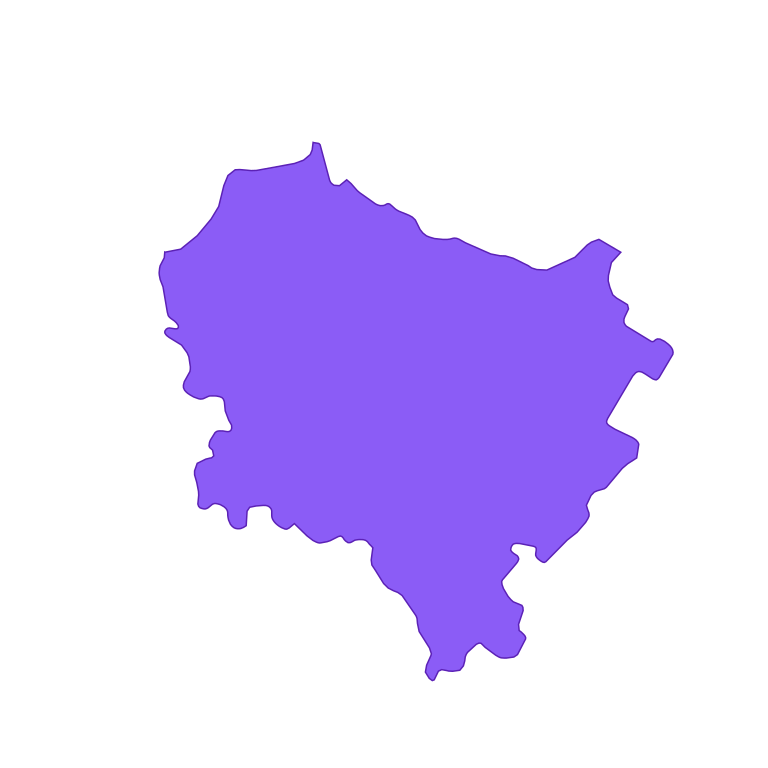 outline of Chechnya, rotated 120°
{"feature_id": "RUS-2416", "entity_name": "Chechnya", "entity_type": "Republic", "adm_level": 1, "iso_a3": "RUS", "parent_name": "Russia", "parent_adm1": "", "projection": "equal_earth", "projection_center": [45.92, 43.243], "detail": "fine", "context": "isolated", "style": "filled", "palette": "violet", "viewbox_px": 768, "rotation_deg": 120, "n_neighbors": 0, "source": "natural_earth", "source_scale": "10m", "svg_char_len": 4911}
<svg xmlns="http://www.w3.org/2000/svg" viewBox="0 0 768 768"><g transform="rotate(120 384 384)"><path d="M281.4,623.4L272.9,620.0L270.4,616.1L267.6,610.1L265.6,605.7L262.8,601.2L237.8,571.8L230.4,565.6L222.2,562.6L217.3,563.2L210.2,566.2L210.0,565.3L208.4,561.1L208.3,560.4L208.8,558.9L234.8,532.9L236.2,530.8L236.7,528.7L236.9,526.7L234.5,521.7L225.8,518.4L226.9,512.7L229.9,503.9L230.5,500.7L232.3,481.4L232.1,479.1L231.5,476.6L229.8,473.8L228.3,472.5L226.8,471.7L225.8,470.7L225.3,469.1L225.8,466.2L226.7,462.1L226.9,460.4L226.9,457.6L225.4,446.8L225.3,442.9L226.3,438.9L232.2,430.0L233.8,425.9L234.5,421.4L234.0,417.9L232.8,413.0L229.3,405.2L227.3,401.7L225.6,399.4L223.3,397.1L222.4,395.9L221.5,393.8L221.1,391.3L221.0,384.1L218.0,356.6L214.9,347.5L212.4,342.9L210.5,335.0L209.4,318.2L209.7,314.1L208.5,308.9L203.9,299.9L178.8,282.0L168.6,279.3L162.0,277.5L157.4,275.3L151.3,270.2L151.5,244.8L165.1,247.8L177.8,243.9L182.6,241.4L187.3,236.8L192.4,230.5L193.3,225.6L193.6,212.8L196.7,209.8L205.4,209.1L207.9,208.6L210.7,207.0L212.0,205.1L212.8,203.0L213.5,173.8L212.9,172.3L211.7,171.5L210.0,171.0L208.3,169.8L207.1,167.4L206.8,162.4L207.4,157.8L208.1,154.9L209.1,152.7L210.2,151.1L212.0,149.5L213.9,148.7L240.8,149.0L242.9,149.5L244.4,150.4L244.9,152.0L245.2,153.9L244.7,162.5L244.7,166.5L245.2,168.3L245.9,169.8L247.1,170.9L248.6,171.7L252.8,172.6L301.9,173.1L304.8,172.7L306.4,171.6L307.2,169.8L307.5,167.9L307.7,161.3L306.2,141.9L306.3,139.7L306.6,137.5L307.5,135.0L308.4,133.7L308.9,133.2L321.7,128.2L331.2,133.1L338.0,135.5L362.3,139.8L364.5,140.8L369.8,145.9L372.5,147.9L377.0,149.0L387.8,148.1L390.9,144.9L393.1,142.2L394.4,141.2L395.9,140.4L398.9,140.1L403.1,140.2L415.9,142.7L427.5,147.3L457.0,155.0L458.4,156.0L458.9,157.6L458.9,159.6L458.7,161.6L458.4,163.4L458.0,164.6L457.4,165.8L456.5,167.0L455.1,167.8L451.8,169.1L450.4,169.9L449.6,171.0L449.6,172.4L449.9,173.8L454.3,186.7L455.8,189.6L456.8,190.9L458.0,192.0L460.0,192.4L462.2,192.2L464.6,191.2L465.5,189.1L465.9,186.9L466.1,182.8L466.9,181.1L468.2,179.8L470.9,179.4L473.2,179.6L494.4,183.5L496.3,183.3L498.8,181.4L501.5,178.2L505.9,170.4L507.3,166.4L508.0,163.2L506.8,153.9L508.0,152.0L510.7,150.2L524.9,147.3L529.9,143.7L530.2,141.1L531.1,137.6L531.7,136.0L532.7,134.6L534.0,133.9L551.6,133.1L555.5,135.0L560.0,140.8L561.2,142.8L562.6,145.7L562.9,147.2L563.0,148.4L563.0,151.7L561.5,164.7L560.0,170.3L560.9,172.2L563.2,173.9L574.7,177.5L577.0,177.6L579.7,177.2L583.5,175.6L588.4,174.3L594.0,175.2L598.5,181.0L600.3,184.6L600.7,186.1L602.5,191.2L605.5,193.3L615.1,192.6L616.7,193.9L616.3,197.6L612.8,204.1L606.2,206.5L595.6,207.6L593.9,208.1L589.8,212.7L580.8,229.8L574.6,235.3L570.6,238.1L569.7,239.1L569.0,240.0L568.3,241.2L558.1,262.6L557.6,267.8L558.3,272.5L558.6,278.3L557.0,284.5L549.5,298.6L546.8,304.0L542.8,307.1L531.4,311.8L530.4,314.9L530.1,316.3L528.8,319.5L528.6,321.8L529.2,324.2L531.1,327.7L532.5,329.6L533.9,331.2L537.0,333.0L538.4,334.1L539.4,335.8L539.2,338.7L538.6,340.7L537.7,342.4L537.2,344.0L537.4,345.7L539.0,347.3L546.5,352.2L549.0,354.4L553.2,359.3L554.0,360.5L554.5,362.0L554.8,363.8L555.0,367.3L554.0,374.9L549.7,391.8L556.0,394.1L558.3,395.6L559.1,397.2L559.6,400.8L559.6,403.6L559.3,406.0L558.9,408.0L558.3,409.9L557.6,411.5L556.7,413.0L555.6,414.3L554.3,415.3L550.0,417.8L548.8,419.0L548.1,420.5L547.7,422.2L547.8,424.1L548.4,425.9L549.6,428.0L553.6,433.8L557.9,438.7L562.6,439.0L575.6,432.5L578.3,433.9L580.8,435.8L581.8,437.1L582.6,438.5L583.2,440.1L583.5,441.9L583.2,444.2L582.3,446.8L579.5,450.6L577.5,452.4L575.6,453.8L574.4,454.5L573.3,455.2L572.6,455.8L571.7,456.9L570.8,458.7L570.3,461.1L570.3,465.4L570.9,467.9L571.6,469.9L572.3,471.1L573.2,471.9L574.0,472.5L579.1,474.4L580.5,475.3L581.7,476.5L582.4,478.0L582.9,479.7L583.2,481.5L582.6,483.4L581.0,485.2L572.9,488.9L569.7,491.0L562.9,496.9L557.4,502.6L554.0,504.6L546.1,506.1L538.2,500.8L535.2,497.7L534.2,496.4L531.4,495.5L527.0,499.4L526.2,503.1L525.1,504.6L521.9,505.9L519.4,506.3L510.6,506.0L508.9,505.3L507.7,504.2L506.8,502.9L505.2,500.0L504.0,496.8L503.3,495.3L502.3,494.1L500.5,493.4L498.4,493.8L495.8,495.5L493.0,500.3L486.7,508.0L479.3,513.3L478.3,514.4L477.3,515.8L476.8,517.5L477.1,519.9L478.3,523.4L479.9,526.3L481.5,529.0L482.5,529.9L487.0,533.1L488.1,534.3L489.0,535.8L489.5,537.3L490.4,542.4L490.4,543.5L490.4,546.5L490.2,549.4L489.8,551.4L489.1,553.5L487.5,555.8L485.4,557.1L481.9,558.1L470.2,558.3L468.1,559.1L465.9,560.3L458.0,566.6L455.4,570.1L451.5,578.8L451.1,593.3L450.7,596.3L450.2,597.8L449.3,599.4L447.8,600.2L445.4,600.0L443.9,599.2L442.8,597.9L440.9,593.1L440.2,591.6L439.2,590.5L437.7,590.4L436.2,591.4L434.8,594.5L434.2,597.0L433.8,601.4L433.4,603.3L432.7,605.0L430.1,607.6L410.3,624.0L405.5,630.0L402.2,632.9L400.2,634.3L396.0,636.2L393.5,637.0L384.6,637.4L379.4,639.8L379.4,639.6L368.9,627.5L349.0,619.9L327.6,616.2L312.9,615.9L292.3,621.9L281.4,623.4Z" fill="#8b5cf6" stroke="#5b21b6" stroke-width="1.5"/></g></svg>